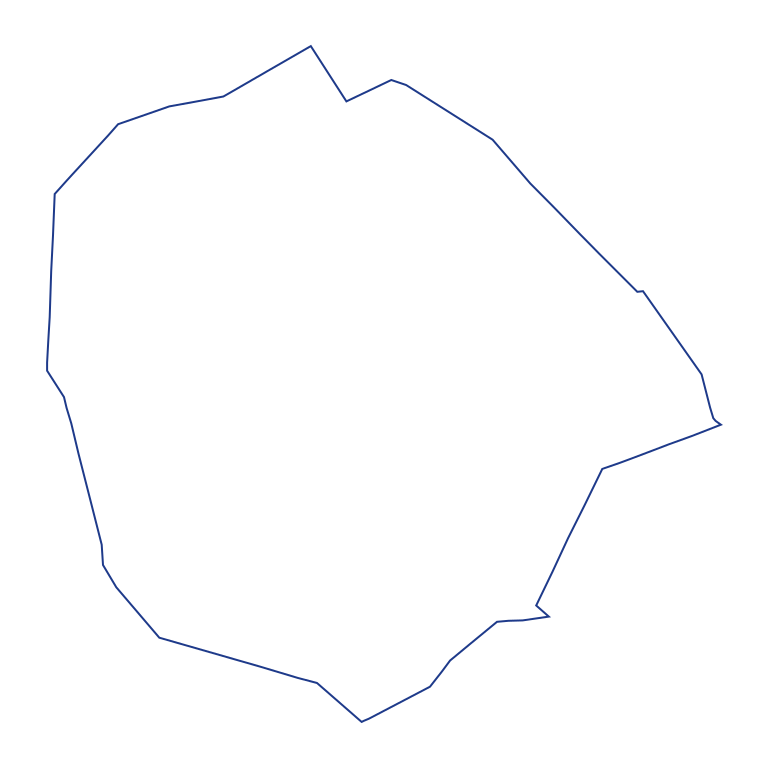 outline of Villa Tejúpam de la Unión, Oaxaca, Mexico
{"feature_id": "50627088B36340506209634", "entity_name": "Villa Tejúpam de la Unión", "entity_type": "district", "adm_level": 2, "iso_a3": "MEX", "parent_name": "Mexico", "parent_adm1": "Oaxaca", "projection": "mercator", "projection_center": [-97.464, 17.665], "detail": "fine", "context": "isolated", "style": "outline", "palette": "blue", "viewbox_px": 768, "rotation_deg": 0, "n_neighbors": 0, "source": "geoboundaries", "source_scale": "gbopen_adm2", "svg_char_len": 1088}
<svg xmlns="http://www.w3.org/2000/svg" viewBox="0 0 768 768"><path d="M643.0,291.2L637.3,291.8L599.2,253.7L588.5,242.8L580.1,234.3L553.6,207.0L530.3,183.5L492.6,139.7L406.1,85.0L391.3,80.0L346.4,101.4L310.8,46.1L266.9,71.4L264.0,73.1L261.6,74.5L257.8,76.7L256.8,77.2L256.0,77.7L254.5,78.6L252.5,79.7L251.5,80.3L249.5,81.5L247.2,82.8L224.1,96.1L223.7,96.3L223.4,96.5L194.2,101.9L169.3,106.4L118.1,124.2L108.3,135.3L72.1,174.7L66.9,180.4L54.7,194.0L53.4,225.7L53.0,235.5L51.2,271.1L49.7,317.1L48.4,338.8L48.3,340.4L47.1,362.6L47.1,367.8L47.1,368.1L47.1,370.7L64.0,397.1L66.6,408.0L71.3,423.5L78.5,453.7L90.1,499.1L101.7,544.7L103.0,565.0L116.3,587.3L159.3,637.7L260.0,666.6L297.7,677.9L317.0,683.0L361.6,721.9L363.9,720.8L368.9,718.7L430.0,686.7L442.0,671.4L450.1,660.5L451.8,659.1L469.9,644.1L497.0,621.8L508.4,620.8L522.7,620.4L548.8,616.6L536.2,605.5L552.6,571.5L568.1,538.1L584.6,505.2L602.3,468.9L619.7,462.9L629.4,459.3L652.7,450.5L668.9,444.3L691.6,436.1L720.9,424.7L715.6,420.9L713.3,418.2L710.1,407.6L701.6,374.4L643.0,291.2Z" fill="none" stroke="#1e3a8a" stroke-width="2"/></svg>